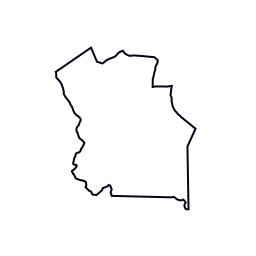 Deglos, Castries, Saint Lucia, rotated 25°
{"feature_id": "8701671B12936296158000", "entity_name": "Deglos", "entity_type": "district", "adm_level": 2, "iso_a3": "LCA", "parent_name": "Saint Lucia", "parent_adm1": "Castries", "projection": "albers", "projection_center": [-60.976, 13.977], "detail": "fine", "context": "isolated", "style": "outline", "palette": "ink", "viewbox_px": 256, "rotation_deg": 25, "n_neighbors": 0, "source": "geoboundaries", "source_scale": "gbopen_adm2", "svg_char_len": 2534}
<svg xmlns="http://www.w3.org/2000/svg" viewBox="0 0 256 256"><g transform="rotate(25 128 128)"><path d="M189.5,100.1L170.8,95.4L169.5,94.7L168.0,94.5L162.9,92.3L159.4,89.6L156.1,85.1L154.8,82.2L152.6,80.1L150.3,72.9L149.9,71.4L145.6,74.1L140.5,76.3L135.2,78.8L133.0,80.4L129.8,73.2L129.6,71.6L128.2,65.5L128.1,63.8L127.0,60.8L127.2,56.6L126.3,53.9L121.9,52.7L109.9,57.0L103.2,59.5L98.8,62.0L94.3,62.0L90.6,60.2L90.3,60.5L89.4,61.6L87.8,63.4L86.8,66.7L86.1,68.7L80.3,75.0L79.4,76.7L77.6,80.3L73.4,80.8L71.8,81.0L68.7,78.2L60.5,70.8L50.0,88.7L38.8,107.7L39.1,107.9L39.4,108.3L39.6,108.6L40.0,109.2L40.2,109.8L40.5,110.2L40.7,110.7L41.1,111.5L41.3,112.1L41.7,112.4L42.1,112.7L42.5,112.9L42.8,113.1L43.3,113.2L43.8,113.5L44.4,113.7L45.1,113.9L45.5,114.0L46.1,114.4L46.6,114.7L47.2,115.1L47.7,115.4L48.3,115.6L48.7,115.9L49.3,116.4L50.1,117.2L50.5,117.6L51.0,118.2L51.9,119.0L52.3,119.4L52.8,120.1L53.1,120.4L53.5,120.9L53.7,121.3L54.4,122.0L54.5,122.4L54.8,123.0L55.0,123.5L55.2,124.2L56.3,124.9L57.7,125.9L58.2,126.3L58.8,126.7L59.4,126.9L60.0,127.1L60.6,127.4L64.9,129.9L65.9,131.1L68.2,132.4L71.3,135.5L73.0,136.9L75.7,138.1L78.8,138.6L80.6,139.4L81.8,140.6L81.8,142.5L82.1,146.5L81.8,147.6L81.7,147.8L81.5,149.1L81.5,149.4L81.6,150.1L81.8,150.7L81.9,151.2L82.1,151.7L82.5,152.4L82.9,152.8L83.4,153.0L83.9,153.3L86.6,156.2L87.0,156.6L87.4,157.0L88.0,157.5L88.9,157.9L89.5,158.1L90.3,158.2L91.1,158.4L91.9,158.6L92.5,158.7L93.0,159.0L93.4,159.3L94.3,159.7L94.8,160.0L94.9,160.5L94.9,161.4L94.9,161.8L94.8,162.5L94.8,163.1L94.7,164.4L94.6,165.1L94.5,166.3L94.4,166.9L94.4,167.5L94.5,168.1L94.6,168.6L94.6,169.0L94.5,169.5L94.3,169.9L94.1,170.3L93.9,170.6L93.6,171.1L93.2,171.5L92.6,171.9L92.0,172.6L91.7,173.2L91.7,173.7L91.7,174.2L91.9,174.9L92.1,175.5L92.2,176.1L92.1,176.7L92.0,177.4L92.0,177.9L92.3,178.8L92.5,179.6L92.6,180.4L92.9,181.5L93.0,182.2L93.2,183.0L93.4,183.4L93.7,183.8L94.3,184.0L94.7,183.9L95.2,183.8L96.3,183.5L97.2,183.5L97.6,184.3L97.6,185.2L97.3,186.3L97.0,187.2L96.6,188.3L96.2,189.1L95.9,189.6L95.5,190.3L95.4,190.7L95.5,190.9L95.6,191.2L95.8,191.4L97.0,192.1L97.6,192.4L97.6,192.8L98.6,192.9L101.9,195.8L106.9,195.4L109.9,194.5L112.7,194.8L114.5,197.6L114.5,199.5L119.4,201.4L121.0,201.1L124.0,203.3L127.7,202.1L130.8,195.4L130.5,193.2L134.2,189.4L134.5,187.8L136.3,187.8L139.1,190.4L139.4,193.5L141.9,196.4L196.2,172.7L198.6,171.1L203.3,172.0L206.3,171.4L208.5,169.5L211.8,171.1L211.5,173.6L213.1,176.1L214.9,177.1L217.2,176.1L189.7,119.6L189.5,100.1Z" fill="none" stroke="#020617" stroke-width="2"/></g></svg>